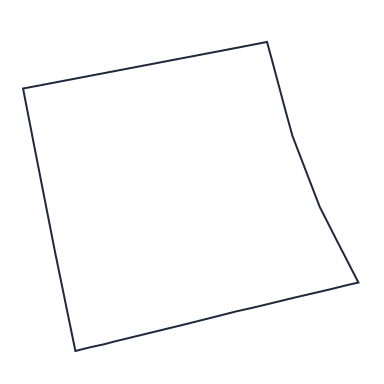 Wayne, Mississippi, United States of America, rotated 79°
{"feature_id": "52423323B18579387327768", "entity_name": "Wayne", "entity_type": "district", "adm_level": 2, "iso_a3": "USA", "parent_name": "United States of America", "parent_adm1": "Mississippi", "projection": "albers", "projection_center": [-88.616, 31.664], "detail": "fine", "context": "isolated", "style": "outline", "palette": "slate", "viewbox_px": 384, "rotation_deg": 79, "n_neighbors": 0, "source": "geoboundaries", "source_scale": "gbopen_adm2", "svg_char_len": 437}
<svg xmlns="http://www.w3.org/2000/svg" viewBox="0 0 384 384"><g transform="rotate(79 192 192)"><path d="M59.0,89.7L59.0,115.3L58.2,338.1L113.3,338.1L224.9,337.9L325.8,336.8L325.0,321.8L324.7,307.8L323.9,295.9L320.3,218.8L320.2,217.3L317.6,170.4L317.2,154.8L315.2,111.4L313.8,73.1L313.8,72.9L313.0,57.8L312.6,45.9L264.9,59.8L230.8,69.5L156.1,82.7L131.4,84.6L76.7,88.4L59.0,89.7Z" fill="none" stroke="#1e293b" stroke-width="2"/></g></svg>